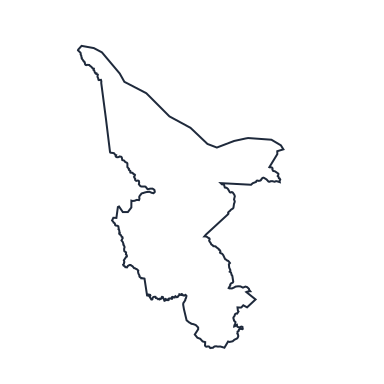 Rio Branco, Acre, Brazil (Natural Earth projection), rotated 83°
{"feature_id": "56859067B21668185569596", "entity_name": "Rio Branco", "entity_type": "district", "adm_level": 2, "iso_a3": "BRA", "parent_name": "Brazil", "parent_adm1": "Acre", "projection": "natural_earth1", "projection_center": [-68.243, -9.995], "detail": "fine", "context": "isolated", "style": "outline", "palette": "slate", "viewbox_px": 384, "rotation_deg": 83, "n_neighbors": 0, "source": "geoboundaries", "source_scale": "gbopen_adm2", "svg_char_len": 6120}
<svg xmlns="http://www.w3.org/2000/svg" viewBox="0 0 384 384"><g transform="rotate(83 192 192)"><path d="M72.8,268.8L108.8,268.5L142.4,268.5L143.0,268.2L143.7,265.5L144.1,264.6L145.7,263.7L146.2,262.8L147.2,263.4L147.8,263.1L148.2,262.6L148.4,261.9L148.4,260.5L147.9,259.5L148.4,258.0L149.1,257.5L151.8,257.3L152.6,255.5L154.1,254.6L155.0,253.1L155.6,252.7L156.3,252.7L159.4,253.1L161.4,251.7L162.1,252.0L162.7,251.7L163.5,250.7L164.0,250.6L164.7,250.9L165.3,250.7L165.7,248.7L167.2,247.8L167.4,247.0L168.1,246.5L169.3,247.1L169.9,247.7L170.9,247.4L171.8,246.8L173.0,247.0L174.1,246.1L174.2,245.5L174.0,244.7L174.2,243.9L174.6,243.4L176.3,243.3L177.8,243.8L179.5,242.8L180.1,242.2L180.5,241.1L180.8,238.1L181.1,237.4L181.7,237.1L182.4,236.5L183.0,236.4L183.9,235.5L183.6,233.4L183.8,231.0L184.2,230.3L185.3,229.1L187.0,228.9L187.5,229.0L188.1,229.7L188.5,230.6L188.2,231.0L188.0,231.9L186.5,234.4L186.6,235.0L186.5,237.1L186.8,239.5L187.1,240.4L187.1,241.4L187.5,242.5L188.1,242.9L189.2,244.2L190.5,245.0L192.4,245.0L193.6,245.6L193.1,247.8L193.7,250.0L193.7,252.0L193.2,253.2L200.0,254.1L204.1,258.1L203.5,263.1L197.5,266.2L197.9,267.4L208.5,270.2L208.0,273.2L210.5,274.8L212.3,273.6L212.9,273.5L213.4,272.7L214.1,272.4L215.4,272.3L215.9,271.9L216.5,270.0L217.1,269.3L219.5,269.2L220.0,269.5L220.7,269.0L222.3,268.8L222.9,269.1L223.8,268.6L224.4,269.3L225.1,269.1L226.3,267.7L227.9,267.3L228.2,266.6L229.3,266.4L231.5,267.9L233.0,266.9L235.5,266.3L236.0,266.6L236.4,266.3L237.8,265.7L238.8,265.7L239.7,266.2L240.9,266.4L242.4,266.4L243.1,265.8L243.6,265.0L244.2,264.8L245.9,265.2L246.7,264.5L247.8,264.4L248.3,264.7L248.4,265.3L251.5,268.0L252.8,267.7L253.6,267.8L254.1,268.2L254.8,268.2L255.4,268.6L255.7,269.2L256.6,269.0L258.0,267.3L258.5,267.3L258.9,265.7L257.6,264.7L257.3,264.1L256.8,262.7L257.0,261.7L257.5,261.4L258.4,260.1L260.5,258.8L260.6,258.1L261.4,257.2L261.7,256.4L263.4,254.9L264.5,255.3L266.5,255.1L268.6,254.3L269.2,254.5L269.9,254.3L270.9,253.2L271.5,252.9L271.3,252.2L271.7,251.7L271.9,250.2L272.2,249.7L289.2,249.2L289.6,248.0L288.3,248.2L289.0,246.1L289.7,245.9L290.8,246.8L293.7,245.5L293.9,244.9L293.5,244.3L292.7,244.2L291.8,243.5L291.5,243.0L291.4,242.1L291.6,241.0L292.8,240.8L293.4,239.4L294.3,238.7L294.0,237.2L294.6,237.1L294.2,235.7L293.7,235.1L292.9,235.0L292.4,234.6L292.6,233.8L296.6,232.6L296.4,231.8L295.2,232.1L294.9,231.2L296.1,230.1L296.5,228.9L296.2,228.3L295.4,228.6L294.9,227.8L295.0,226.0L295.5,225.5L295.6,224.9L294.9,224.4L294.4,224.9L293.9,224.7L293.7,224.2L294.0,223.4L294.5,222.7L294.6,222.1L294.0,221.8L293.4,221.2L294.6,219.9L294.4,218.9L293.3,218.1L293.0,217.4L292.0,217.0L292.8,215.8L292.9,215.2L292.4,215.4L292.0,214.9L292.3,214.2L293.0,214.1L293.4,213.7L293.5,212.9L293.9,212.5L293.3,211.0L293.8,210.6L294.3,210.2L295.0,210.3L296.9,211.1L297.6,211.7L298.6,211.9L301.3,214.2L302.8,214.5L307.2,214.3L318.7,213.0L321.3,210.5L322.0,209.3L322.7,208.8L323.3,206.8L324.5,204.5L327.2,202.4L329.0,202.6L333.8,206.6L337.3,204.4L338.7,201.7L341.6,199.7L342.6,197.2L346.0,197.8L346.9,197.3L347.3,196.6L347.2,194.8L347.7,193.6L348.8,193.2L349.2,192.4L349.0,191.3L349.2,190.3L348.3,189.0L348.0,188.1L348.1,186.7L348.6,185.3L348.8,182.7L350.5,178.8L344.8,174.4L345.4,173.1L345.2,170.5L345.1,169.8L343.8,167.9L342.9,165.2L342.5,164.7L341.7,164.1L340.6,163.6L338.6,163.8L338.1,164.3L337.5,164.0L336.1,163.8L335.5,162.5L334.5,162.3L333.9,161.5L333.7,161.0L334.0,159.4L334.3,158.8L334.0,158.3L333.5,158.5L332.2,158.3L331.8,158.8L331.6,159.5L332.0,160.8L332.1,161.7L331.9,162.3L331.3,163.3L330.7,163.6L329.3,163.6L329.5,164.3L330.5,165.8L330.6,166.5L329.3,166.1L328.5,165.3L326.4,164.7L324.8,166.0L323.6,166.0L322.9,166.3L321.6,166.2L319.9,164.7L318.9,164.4L318.4,164.0L317.9,162.7L318.2,162.0L316.3,160.4L315.5,160.9L312.1,160.9L312.6,158.1L312.6,157.1L310.7,154.9L313.2,151.4L306.4,142.0L297.9,150.3L297.7,149.7L297.5,148.0L297.6,146.3L296.3,147.1L295.0,147.3L293.1,148.9L292.4,150.5L293.1,153.1L291.6,155.4L291.2,157.7L291.2,160.3L291.9,161.8L292.6,164.1L292.2,166.7L291.8,167.3L290.2,166.1L289.5,165.4L288.6,165.4L287.9,164.8L287.5,164.4L286.9,162.6L286.1,162.0L280.2,162.2L279.6,162.4L279.2,162.8L276.6,163.1L275.7,164.3L274.6,163.5L274.0,163.5L271.6,164.3L268.2,164.2L267.1,163.0L264.8,164.4L264.4,165.4L263.4,166.2L262.8,167.2L261.8,167.6L258.4,168.7L257.0,169.6L256.6,170.2L256.2,171.1L255.6,171.6L254.3,171.0L252.9,171.6L252.5,172.4L251.8,172.4L249.7,174.7L249.1,175.0L248.7,175.7L248.4,177.4L247.6,177.8L246.3,179.3L245.1,179.6L243.1,180.7L242.3,180.9L240.9,180.2L240.0,180.5L239.7,181.3L238.6,182.3L237.8,183.7L237.6,185.1L236.0,183.4L218.5,159.0L218.0,158.5L217.4,158.7L217.0,158.7L216.2,158.1L215.5,156.8L214.4,155.6L213.4,153.5L212.7,152.8L208.7,151.7L207.7,151.1L206.4,150.7L204.5,151.2L201.4,150.0L199.8,150.4L197.5,151.6L197.2,152.0L196.9,152.5L197.2,153.3L197.2,153.9L196.8,154.5L193.3,156.0L192.3,156.9L191.8,157.7L191.8,158.4L191.5,158.9L189.0,159.3L188.4,159.8L188.0,161.4L186.7,162.4L192.0,132.5L190.7,130.7L189.8,127.2L188.7,126.5L188.6,125.8L189.1,124.4L189.0,122.9L188.7,122.2L188.1,121.9L187.7,121.3L187.2,121.1L186.6,120.1L186.5,119.3L186.9,118.6L188.6,116.5L191.0,114.8L191.3,113.6L190.9,112.9L191.0,111.1L191.9,108.7L191.5,107.4L191.6,106.6L192.9,103.7L191.7,103.8L190.5,102.9L189.3,103.3L189.0,104.1L187.7,104.2L186.6,105.0L185.9,104.4L184.6,104.0L184.0,104.4L181.7,107.0L181.3,107.8L181.1,108.8L179.5,109.5L178.7,109.2L178.0,109.3L177.4,109.8L177.0,111.0L177.1,111.6L176.8,112.2L164.8,102.7L161.9,102.4L160.8,96.1L156.5,98.1L149.8,106.8L145.4,129.1L145.3,129.9L145.4,132.2L146.5,144.1L150.9,161.9L146.2,170.8L128.2,185.6L114.2,205.2L88.4,225.3L74.4,245.7L65.6,249.3L42.4,264.4L37.2,271.9L33.5,283.8L36.8,287.6L37.5,287.9L40.2,285.7L41.2,285.6L41.9,285.8L43.1,285.3L44.5,285.3L45.4,285.0L46.0,285.2L48.1,284.0L48.8,283.8L49.5,282.9L50.2,283.0L50.7,282.6L52.0,282.6L52.9,282.1L53.2,281.4L53.0,280.8L53.4,278.5L54.2,278.0L55.5,276.6L57.1,275.6L57.6,274.4L58.8,274.9L59.3,274.3L61.8,273.8L62.5,272.5L63.0,272.8L64.0,271.2L66.1,271.8L67.9,271.2L69.2,271.2L69.6,270.8L69.6,268.7L71.1,268.5L72.8,268.8Z" fill="none" stroke="#1e293b" stroke-width="2"/></g></svg>